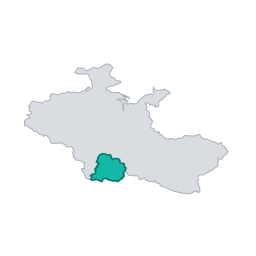 where Chernihiv sits in Ukraine, rotated 192°
{"feature_id": "UKR-285", "entity_name": "Chernihiv", "entity_type": "Region", "adm_level": 1, "iso_a3": "UKR", "parent_name": "Ukraine", "parent_adm1": "", "projection": "equal_earth", "projection_center": [32.067, 51.356], "detail": "fine", "context": "in_parent", "style": "filled", "palette": "teal", "viewbox_px": 256, "rotation_deg": 192, "n_neighbors": 0, "source": "natural_earth", "source_scale": "10m", "svg_char_len": 7775}
<svg xmlns="http://www.w3.org/2000/svg" viewBox="0 0 256 256"><g transform="rotate(192 128 128)"><path d="M173.7,166.5L176.5,170.4L178.8,172.4L180.0,172.4L183.2,171.1L185.3,171.5L187.2,170.3L191.9,171.2L190.5,173.6L189.9,176.2L183.8,177.1L181.5,175.6L179.1,175.7L177.8,177.5L175.4,178.8L174.6,180.2L170.3,180.1L167.4,181.4L165.2,184.2L162.8,186.0L160.8,186.5L157.8,185.8L155.4,184.0L157.3,178.6L156.6,175.7L154.7,174.3L152.2,174.2L149.1,171.9L145.5,172.2L144.3,171.0L151.7,165.8L153.3,165.6L157.7,162.8L156.9,160.6L155.0,161.1L152.3,159.4L143.9,160.8L138.7,158.1L136.4,157.8L135.8,157.1L138.2,156.5L138.4,155.5L135.0,154.9L133.1,153.7L142.5,154.9L145.0,152.8L142.4,153.5L139.8,153.0L138.8,152.4L137.7,150.2L137.6,147.3L136.4,144.7L135.5,143.8L137.3,148.1L136.8,152.3L132.9,152.0L133.3,150.3L131.4,152.6L128.3,152.6L124.3,153.7L122.7,158.0L117.5,164.0L112.8,166.1L111.3,165.7L110.6,166.2L110.2,168.1L111.0,169.0L111.7,172.0L111.4,173.2L109.8,171.5L107.9,170.8L105.8,171.1L101.9,172.8L100.6,172.5L100.7,173.3L100.3,173.6L96.7,172.7L95.1,171.9L93.9,170.3L95.1,169.6L97.3,169.3L97.3,167.1L100.1,164.3L100.2,163.0L102.7,161.3L103.4,159.4L102.6,156.6L103.0,155.1L105.6,154.1L105.8,156.3L106.4,156.1L107.0,155.0L110.6,156.0L111.7,155.3L113.2,156.7L115.9,156.3L116.6,155.7L114.2,153.9L114.4,151.1L113.7,149.6L110.2,147.6L109.5,145.1L109.9,143.0L108.1,142.1L105.3,139.7L106.2,135.5L106.1,133.9L105.3,132.7L103.0,132.9L101.3,130.4L98.5,130.0L97.7,130.8L97.3,130.0L96.3,130.1L96.4,129.0L95.8,128.7L93.5,128.4L92.9,127.5L90.5,126.1L87.4,125.2L85.7,126.1L84.9,125.8L83.7,126.7L79.3,126.5L76.6,128.4L73.0,129.2L72.6,130.5L71.2,132.3L63.2,133.5L59.7,134.8L58.6,135.9L56.5,136.4L53.0,133.2L51.9,133.0L48.4,133.6L42.6,132.3L39.6,132.3L36.6,130.9L35.5,132.1L33.4,133.0L33.3,131.7L32.3,130.6L30.2,130.2L29.6,129.2L27.7,128.4L26.7,126.2L25.3,126.2L25.6,123.8L27.4,122.1L30.5,116.5L33.9,117.0L34.0,116.3L32.5,115.0L32.9,113.2L32.2,109.7L32.9,108.7L36.9,104.5L44.9,97.6L47.9,97.1L49.3,95.4L49.4,94.2L48.2,91.8L49.7,90.9L49.6,90.5L48.4,89.6L47.2,86.9L45.1,84.3L45.3,83.1L44.6,81.4L44.7,80.1L46.8,79.7L48.5,80.5L50.5,79.3L53.3,76.5L61.2,75.6L70.7,75.8L80.1,77.8L84.2,78.1L85.8,80.3L89.3,80.2L90.2,80.6L90.3,82.0L92.1,80.3L93.8,80.8L95.8,80.1L100.4,81.0L100.9,82.3L101.8,82.6L103.2,81.1L106.0,79.9L108.7,83.3L111.0,82.6L117.8,82.0L119.4,83.1L119.7,84.1L122.1,85.0L123.1,83.7L122.0,80.3L122.6,79.0L124.5,76.1L127.0,74.0L133.6,73.1L139.7,73.9L141.5,73.0L142.4,70.8L143.2,70.3L147.3,71.1L151.1,69.9L157.6,69.8L159.7,71.1L161.9,74.9L165.1,77.7L164.9,78.6L162.0,79.1L162.0,79.6L162.9,80.9L163.3,83.6L163.8,83.9L163.1,85.1L166.2,85.4L168.7,86.3L172.7,85.8L173.8,87.9L175.5,88.1L175.5,89.4L177.0,92.6L176.5,94.3L176.8,95.3L178.8,97.7L179.8,98.1L182.2,96.8L184.7,97.2L186.9,99.0L189.1,99.0L190.5,100.0L192.0,98.8L199.5,97.1L201.3,98.8L201.6,99.9L202.8,101.5L206.8,104.2L207.9,103.9L208.2,102.7L209.1,102.3L211.3,103.6L213.6,103.7L216.7,105.6L219.6,105.1L221.1,106.8L222.9,107.0L226.6,109.2L230.0,109.1L229.9,111.2L230.7,112.2L230.6,113.9L228.2,116.6L226.0,117.4L226.8,118.8L229.5,119.7L229.7,120.1L227.3,120.3L226.4,121.3L225.8,123.5L228.0,124.2L228.7,126.9L228.3,127.7L229.6,128.2L227.3,134.5L216.8,134.6L214.8,137.1L211.7,137.9L210.8,138.7L210.0,142.2L210.9,142.9L210.0,144.4L210.2,145.7L202.5,145.9L200.2,148.3L196.8,148.9L194.0,151.3L192.7,150.5L191.2,150.6L188.0,152.1L185.0,152.0L182.8,152.6L177.9,156.3L175.7,159.5L173.5,160.4L176.5,157.8L176.6,156.4L175.9,155.4L174.0,158.0L171.5,159.2L171.7,162.2L173.7,166.5ZM140.1,159.7L133.2,158.1L132.6,156.4L134.1,157.9L140.1,159.7Z" fill="#d9dde1" stroke="#a8b0b8" stroke-width="1"/><path d="M132.5,73.0L134.5,73.3L136.4,73.2L136.8,73.2L137.0,73.4L137.1,73.6L137.1,73.9L137.2,74.1L137.4,74.2L137.5,74.2L138.1,74.0L138.5,73.9L139.2,74.1L139.4,74.0L140.9,73.5L141.4,73.2L141.8,72.6L141.9,71.8L142.0,71.6L142.4,71.3L142.4,71.2L142.2,70.7L142.3,70.1L142.7,70.0L143.7,70.3L144.2,70.2L146.4,71.1L146.7,71.1L147.4,71.0L147.7,70.9L147.9,71.0L148.2,71.2L148.4,71.2L148.6,71.2L149.8,70.4L150.0,70.3L150.3,70.3L150.5,70.1L150.9,70.0L151.3,69.6L151.5,69.5L152.7,69.6L153.4,69.6L153.6,69.6L153.9,69.8L153.8,70.1L153.7,70.4L153.5,70.7L153.4,71.1L153.3,71.3L153.0,71.5L153.1,72.5L153.7,72.7L153.9,72.9L154.1,73.1L154.3,73.2L154.4,73.4L154.9,73.4L154.9,73.5L154.8,73.8L154.7,73.9L154.4,74.0L154.1,74.0L153.9,74.0L153.8,73.8L153.7,73.8L153.6,74.0L153.6,74.5L153.4,74.7L153.4,74.8L153.5,74.8L153.6,75.1L153.6,75.4L152.9,75.5L152.7,75.6L152.0,75.9L151.5,75.9L151.3,76.0L151.1,76.3L150.8,76.7L150.6,76.8L150.3,77.2L150.2,77.5L150.3,77.8L150.4,78.3L150.5,78.4L151.2,78.9L151.2,79.1L151.0,79.3L151.0,79.6L151.3,79.7L151.3,80.3L151.5,80.5L151.3,80.7L151.2,80.7L151.2,80.8L151.2,81.0L151.3,81.2L151.6,81.3L151.4,81.7L150.9,81.5L151.0,81.8L150.9,82.1L150.7,82.2L150.7,82.3L150.8,82.5L151.0,82.8L150.9,82.9L150.9,83.0L150.9,83.3L150.7,83.5L150.4,83.5L150.2,83.5L150.1,83.4L149.9,83.2L149.7,83.1L149.5,83.3L149.8,83.9L150.1,83.9L150.1,84.0L150.1,84.4L150.1,84.5L150.4,84.6L150.3,84.8L150.3,85.1L150.2,85.3L149.9,85.4L149.9,85.6L149.9,85.8L149.8,86.0L149.2,86.1L149.1,86.3L149.1,86.5L149.2,86.9L148.9,87.3L149.4,87.5L149.8,87.7L150.2,87.6L150.3,87.7L150.3,87.8L150.1,87.9L150.0,88.0L150.5,88.3L151.1,88.4L151.5,87.9L151.8,88.0L151.6,88.5L151.3,88.8L151.6,89.2L151.7,89.3L151.6,89.9L151.6,90.1L151.3,90.3L151.2,90.4L151.0,91.2L151.0,91.4L151.0,91.7L151.0,91.9L151.1,92.1L151.4,92.2L151.5,92.3L151.4,92.5L151.2,92.7L151.1,92.9L151.0,93.2L151.0,93.4L150.7,93.5L150.8,93.9L150.8,94.1L150.7,94.4L150.3,95.3L149.9,96.0L149.7,96.1L149.3,96.3L149.2,96.4L149.1,96.6L148.8,96.7L148.6,96.9L148.4,97.0L148.3,97.3L148.2,97.4L147.5,97.5L146.5,97.9L146.1,97.9L145.4,97.8L144.3,97.8L144.0,97.7L143.9,97.6L143.8,97.3L143.7,97.2L143.3,97.2L143.0,97.4L142.9,97.4L142.7,97.2L142.3,97.2L141.6,97.4L141.4,97.6L141.2,97.9L141.1,98.0L140.9,98.1L140.7,98.1L139.9,98.0L139.2,97.7L139.3,97.3L139.3,97.2L138.8,97.1L138.6,97.0L138.5,96.9L138.4,96.6L138.1,96.3L138.0,96.2L138.3,95.9L138.6,95.9L138.7,95.7L138.7,95.3L138.7,95.2L138.1,95.2L137.9,95.1L137.7,95.0L137.3,94.5L136.7,94.1L136.4,94.1L136.1,94.2L136.0,94.4L135.9,94.6L135.9,94.8L135.7,94.9L135.5,95.1L135.4,95.1L134.9,95.1L134.7,95.2L134.5,95.3L134.2,95.4L134.1,95.6L133.7,95.6L133.4,95.7L132.7,95.6L132.3,95.9L131.4,95.7L131.2,95.7L130.8,95.7L130.5,95.6L130.2,95.6L130.0,95.4L130.0,95.2L129.9,95.0L129.6,95.0L129.2,94.7L129.2,94.3L129.3,94.3L129.5,94.1L129.6,93.9L129.5,93.6L129.4,93.4L128.9,93.0L128.9,92.8L128.8,92.7L128.4,92.7L128.4,92.4L128.2,92.1L127.7,92.2L126.7,92.2L126.4,92.3L125.7,92.2L125.6,92.3L125.4,92.4L125.3,92.5L125.1,92.4L124.8,92.2L124.7,92.1L124.4,92.2L124.2,92.1L124.4,91.8L124.5,91.4L124.6,91.0L124.5,90.8L124.1,90.6L123.4,90.4L123.2,90.3L123.2,90.2L123.3,89.7L123.4,89.3L123.3,89.1L123.2,88.9L122.9,88.7L122.4,88.6L122.1,88.5L121.9,88.6L121.7,88.6L121.6,88.1L121.7,87.2L121.9,86.3L121.9,86.2L121.7,85.7L121.8,85.5L122.1,85.5L122.2,85.4L122.2,84.9L122.4,84.6L122.5,84.4L122.8,84.2L123.1,84.0L123.1,83.6L123.1,83.3L122.9,82.9L122.8,82.7L122.6,82.7L122.5,82.3L122.6,82.2L122.8,82.2L122.7,82.0L122.6,81.9L122.5,81.7L122.3,81.3L122.4,81.2L122.5,81.1L122.4,81.0L122.0,80.9L121.9,80.8L121.9,80.7L122.0,80.6L121.8,80.3L121.8,80.2L122.1,80.0L122.2,79.9L122.2,79.7L122.4,79.5L122.3,79.3L122.5,79.0L122.4,78.8L122.5,78.8L122.9,78.8L123.0,78.7L123.1,78.3L123.3,78.2L123.2,78.1L122.9,78.0L123.1,77.8L123.3,77.7L123.5,77.6L123.5,77.3L123.4,77.2L123.9,76.7L124.0,76.5L124.3,76.4L124.3,76.1L124.8,76.0L125.1,75.8L125.1,75.7L125.3,75.4L125.6,75.2L125.9,75.0L125.9,74.8L126.1,74.6L126.3,74.7L126.6,74.7L126.6,74.3L126.2,74.3L126.4,74.0L126.3,73.8L126.5,73.6L126.8,73.6L128.3,73.5L128.7,73.5L129.0,73.7L129.5,74.0L129.8,74.1L130.0,74.0L130.2,73.8L130.4,73.5L130.6,73.3L131.5,73.0L132.5,73.0Z" fill="#14b8a6" stroke="#0f766e" stroke-width="1.5"/></g></svg>